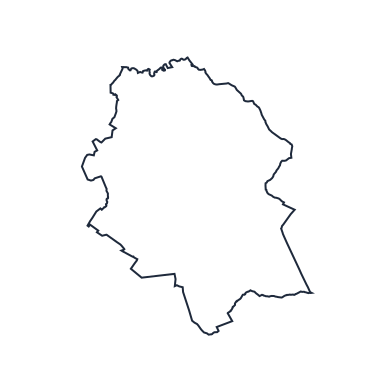 Osorhei, Bihor, Romania, rotated 341°
{"feature_id": "2599482B12342041000570", "entity_name": "Osorhei", "entity_type": "district", "adm_level": 2, "iso_a3": "ROU", "parent_name": "Romania", "parent_adm1": "Bihor", "projection": "orthographic", "projection_center": [22.056, 47.025], "detail": "fine", "context": "isolated", "style": "outline", "palette": "slate", "viewbox_px": 384, "rotation_deg": 341, "n_neighbors": 0, "source": "geoboundaries", "source_scale": "gbopen_adm2", "svg_char_len": 5959}
<svg xmlns="http://www.w3.org/2000/svg" viewBox="0 0 384 384"><g transform="rotate(341 192 192)"><path d="M272.2,326.3L271.4,325.5L271.0,324.4L270.6,319.8L270.1,316.7L268.7,305.0L268.3,300.4L265.2,271.5L264.5,263.7L264.3,261.0L264.4,260.3L264.4,255.5L264.8,255.3L265.1,255.0L266.0,253.5L267.7,252.5L278.1,245.1L283.3,242.2L274.0,233.3L275.6,231.8L274.3,230.5L273.6,229.4L272.8,227.7L272.2,226.8L271.9,226.4L269.7,224.8L268.5,224.3L267.9,223.7L267.2,223.0L266.3,221.4L263.7,218.9L262.9,217.0L263.0,216.6L262.8,215.3L263.0,214.1L262.9,214.0L262.5,213.7L263.6,209.8L264.4,207.7L265.7,207.4L266.9,206.3L269.8,206.0L272.2,205.0L273.8,203.8L275.0,202.0L278.2,200.1L278.8,199.2L281.3,197.7L282.6,196.4L283.9,195.4L284.7,193.9L286.1,192.5L287.5,191.8L289.5,192.6L291.2,192.8L294.7,191.6L297.1,192.0L297.9,188.3L300.3,184.0L300.5,183.5L301.7,181.4L301.7,179.5L300.6,178.5L300.6,177.8L299.5,176.3L297.8,173.6L297.1,172.7L296.3,172.0L295.8,171.7L294.4,171.3L293.3,170.3L287.1,161.5L286.6,160.4L285.3,158.0L284.9,154.6L284.4,152.3L284.3,151.5L284.3,150.8L284.2,150.2L284.2,149.7L284.5,148.9L284.5,148.5L283.9,146.9L283.1,141.8L283.1,141.1L283.2,140.4L283.2,139.4L283.2,137.2L282.9,134.6L282.6,133.6L282.4,133.3L281.7,132.6L280.5,130.0L279.7,129.3L279.5,128.9L279.3,126.3L279.1,125.8L278.7,125.5L278.0,125.3L275.1,124.8L274.3,124.6L272.1,123.5L271.2,122.5L271.0,122.2L271.3,120.3L271.4,119.1L271.4,118.6L271.2,118.1L270.8,117.5L270.5,116.8L270.4,115.4L270.2,114.8L267.6,110.1L267.0,107.0L266.7,106.2L264.3,104.0L262.1,101.3L261.6,100.8L260.1,100.7L253.1,99.0L250.5,98.5L249.1,97.8L248.0,96.9L247.4,95.9L246.9,94.2L247.1,93.8L247.0,93.0L246.9,92.6L246.2,92.3L246.0,91.9L245.9,91.1L245.6,89.6L245.2,88.4L244.6,86.2L244.1,85.2L243.6,83.5L243.7,83.4L243.9,82.6L243.9,81.2L243.6,80.5L243.4,79.6L242.0,79.7L239.8,79.3L238.3,78.6L237.8,77.7L237.5,76.2L236.3,75.2L235.9,75.0L235.2,74.2L235.3,73.8L233.3,73.0L232.8,72.7L232.8,72.1L232.9,71.5L234.0,71.4L232.4,66.8L231.6,63.4L230.7,63.5L229.3,64.3L228.2,64.5L226.9,64.1L226.2,63.0L225.7,62.6L225.3,62.5L224.5,62.7L224.0,62.9L223.4,63.6L223.1,63.8L222.2,63.5L220.6,63.6L218.9,61.8L217.5,60.9L216.8,60.9L216.3,61.0L215.3,60.8L214.2,61.2L212.9,62.1L212.7,62.7L213.9,67.5L209.4,66.9L209.1,64.9L208.8,62.6L207.6,62.4L206.1,63.2L205.6,64.1L205.4,64.7L205.9,66.9L206.3,67.6L206.1,68.1L205.7,68.3L205.1,68.0L204.6,68.0L204.2,67.5L203.9,67.2L203.6,66.9L203.6,66.6L204.0,65.8L204.0,64.9L203.7,64.4L203.1,64.2L202.6,64.3L201.6,64.9L198.3,66.0L198.1,66.2L197.6,67.1L197.2,67.0L197.0,66.4L196.4,66.0L196.1,66.0L195.7,66.3L194.9,67.4L194.6,68.2L194.7,68.7L194.5,69.2L194.0,69.6L192.5,69.8L191.5,69.5L191.2,69.2L190.6,68.0L190.4,67.1L190.4,66.2L191.0,65.1L191.0,64.4L191.0,64.0L191.1,63.6L191.9,62.5L191.8,62.3L191.7,62.2L191.1,61.6L190.8,61.4L190.1,61.6L188.9,62.6L188.3,62.0L186.2,61.7L185.7,61.8L185.2,61.7L184.1,63.0L183.4,62.7L182.0,61.6L179.6,61.8L179.9,59.8L179.6,59.0L179.0,58.0L177.6,56.3L176.6,55.7L175.4,55.5L174.9,55.5L173.9,56.3L173.5,56.9L172.9,56.8L172.7,56.4L172.6,56.0L172.0,55.4L172.0,55.0L171.9,54.4L172.1,53.6L170.4,52.5L168.7,52.0L168.5,51.8L166.6,51.1L166.6,52.7L162.5,56.9L162.1,57.7L161.7,57.8L161.6,58.1L160.7,58.5L159.5,58.9L159.1,59.1L157.1,60.3L155.9,61.1L155.0,61.4L152.8,63.0L151.6,63.5L150.4,64.3L149.8,64.2L147.4,71.6L149.2,72.9L149.8,73.8L149.4,74.4L150.0,74.8L150.4,74.6L150.9,74.9L150.8,75.1L151.4,75.4L151.6,75.1L152.2,76.0L152.3,76.8L151.5,77.6L152.2,81.0L150.6,81.6L150.3,82.5L149.0,84.9L148.0,86.9L147.4,88.4L147.2,89.8L146.8,91.2L145.6,92.8L143.0,96.0L140.6,96.9L138.5,99.5L137.5,100.1L136.1,101.3L140.7,106.9L136.9,107.9L133.9,114.0L127.4,113.3L122.5,115.7L122.1,115.4L121.3,114.5L119.0,111.1L118.2,110.7L114.5,111.9L115.9,121.8L113.0,122.3L111.1,125.4L107.2,123.1L105.0,122.8L102.0,124.9L96.2,132.1L97.4,146.2L100.2,148.3L102.4,148.5L102.9,148.4L104.3,147.5L104.6,147.4L111.0,147.5L111.4,148.1L112.1,159.7L112.3,161.2L111.5,163.0L112.0,166.0L111.1,168.5L111.1,169.1L110.8,169.7L110.8,170.1L110.6,170.5L110.3,170.7L109.5,170.6L109.1,170.8L108.9,171.3L108.6,171.6L108.5,172.4L108.5,172.8L108.7,173.4L108.5,174.1L107.7,175.2L107.1,175.3L106.7,175.5L106.6,175.8L106.6,176.9L106.6,177.1L106.2,177.5L105.5,177.7L104.6,178.0L104.1,177.8L103.4,178.3L102.2,178.8L101.8,178.8L101.2,179.3L100.9,179.4L100.0,177.7L95.2,179.3L89.4,184.0L87.0,185.8L86.5,186.1L82.3,189.8L83.1,191.0L85.0,189.7L90.8,198.0L89.0,199.1L92.8,204.1L97.1,204.5L97.4,204.7L104.5,214.7L107.2,218.3L107.9,219.8L109.4,223.8L109.4,224.1L108.4,224.4L106.2,224.4L107.0,225.4L114.1,233.1L115.0,234.0L115.6,234.0L115.7,234.7L116.6,235.8L117.9,237.2L118.4,237.7L117.5,238.8L114.4,240.9L109.2,244.7L116.5,256.6L148.8,263.7L148.1,269.0L145.1,275.4L147.3,275.2L149.2,277.1L152.2,279.0L151.0,283.7L150.7,303.0L150.2,313.7L151.8,316.3L153.8,318.5L154.5,320.2L155.7,324.4L156.3,326.0L157.6,328.7L160.1,330.5L161.3,332.3L163.4,332.7L163.9,332.9L164.7,332.9L165.9,332.3L167.4,331.9L170.2,332.7L171.9,332.0L171.4,327.7L188.0,327.2L186.3,318.2L186.5,318.0L189.7,317.2L189.7,316.9L189.9,316.7L190.8,316.4L191.9,315.5L192.8,314.6L192.8,314.2L193.3,313.8L193.9,313.8L195.9,312.8L196.3,311.4L197.4,310.5L198.6,310.1L198.5,309.8L199.3,309.5L199.6,309.6L202.9,308.7L203.7,308.2L206.1,306.1L206.6,305.7L208.1,306.0L208.3,306.2L209.1,305.9L209.2,305.7L208.9,305.6L209.0,305.5L210.2,304.7L212.0,304.4L213.1,304.6L214.0,304.3L214.7,304.3L215.2,304.0L216.8,305.5L218.6,306.6L219.5,308.5L221.0,310.7L222.0,312.4L224.7,312.0L225.2,312.5L225.6,312.6L226.2,313.4L226.8,313.7L227.9,314.6L229.2,315.1L230.9,316.1L231.9,316.0L233.4,316.2L235.6,317.0L236.8,318.0L238.3,318.8L238.8,319.2L242.2,320.9L242.7,321.0L243.0,320.9L243.7,320.8L245.6,320.3L247.5,320.2L248.0,320.2L248.1,320.4L248.9,320.4L249.8,320.7L251.0,320.8L251.5,321.2L251.9,321.2L252.8,321.6L254.1,321.8L255.0,322.5L255.7,322.6L256.5,322.2L257.5,322.3L262.5,321.5L263.4,322.2L265.6,322.9L266.0,323.4L266.8,323.8L269.1,325.5L270.4,325.6L271.2,326.1L272.2,326.3Z" fill="none" stroke="#1e293b" stroke-width="2"/></g></svg>